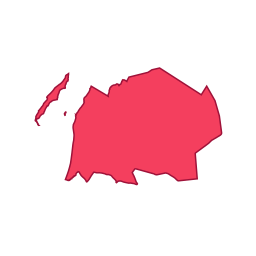 Inhassoro, Inhambane, Mozambique, rotated 211°
{"feature_id": "85939544B58581363474884", "entity_name": "Inhassoro", "entity_type": "district", "adm_level": 2, "iso_a3": "MOZ", "parent_name": "Mozambique", "parent_adm1": "Inhambane", "projection": "equal_earth", "projection_center": [35.058, -21.718], "detail": "fine", "context": "isolated", "style": "filled", "palette": "rose", "viewbox_px": 256, "rotation_deg": 211, "n_neighbors": 0, "source": "geoboundaries", "source_scale": "gbopen_adm2", "svg_char_len": 5713}
<svg xmlns="http://www.w3.org/2000/svg" viewBox="0 0 256 256"><g transform="rotate(211 128 128)"><path d="M42.5,120.1L57.2,140.7L57.3,141.1L57.2,141.5L57.1,141.8L51.0,156.5L50.0,160.4L49.9,160.7L49.6,161.1L45.1,169.6L44.9,170.6L44.9,170.8L44.9,171.3L45.1,171.6L45.3,172.1L55.9,185.4L67.5,196.2L82.1,204.4L82.3,194.2L131.8,195.7L137.5,190.2L139.5,186.0L153.4,172.1L153.2,168.1L153.0,167.3L154.5,167.4L156.3,167.2L156.5,166.9L157.1,166.6L157.3,166.6L157.4,166.1L157.2,165.4L157.2,165.1L157.3,164.7L157.1,164.2L157.0,163.0L156.8,162.4L156.8,162.0L156.9,161.6L157.3,161.3L157.5,160.9L157.4,160.1L157.4,159.8L157.6,159.6L157.9,159.7L158.5,160.3L158.9,160.4L159.6,160.3L160.3,160.0L160.6,159.6L160.7,158.9L161.0,158.5L161.5,158.0L162.0,157.8L162.4,157.4L162.8,156.9L163.5,155.7L163.7,155.1L163.6,154.6L163.7,154.4L164.0,154.1L164.0,152.8L163.9,152.4L163.8,152.1L163.6,151.9L163.5,151.6L163.6,151.1L163.6,150.8L163.5,150.5L163.1,150.1L162.4,148.2L162.2,146.4L162.1,146.1L161.9,145.7L161.3,145.0L181.1,144.9L181.1,144.5L180.8,144.1L180.7,143.8L180.8,142.5L180.9,142.2L180.9,141.9L180.6,141.7L180.3,141.2L180.3,140.8L180.1,139.8L180.0,138.6L180.3,133.8L180.7,132.5L180.9,131.8L181.0,131.5L181.0,131.3L180.8,130.3L180.4,129.5L179.8,129.0L179.8,128.6L179.7,128.5L179.5,128.1L178.9,127.8L178.7,127.4L178.7,127.0L178.8,126.5L178.7,126.4L178.7,126.5L178.5,126.0L178.5,125.2L178.7,124.1L178.7,123.4L178.8,123.0L178.8,122.0L179.2,120.1L179.2,119.2L179.3,118.3L179.3,116.8L179.2,115.8L179.3,115.4L179.5,114.8L179.5,114.5L179.3,113.9L179.4,113.4L179.4,113.2L179.4,112.8L179.8,112.7L179.5,112.5L179.1,112.2L179.1,111.8L179.1,111.6L179.2,111.4L178.2,110.3L177.7,109.2L176.9,106.1L176.6,102.8L176.5,102.6L175.7,100.8L175.1,99.8L171.1,94.9L170.2,93.5L168.3,89.7L167.2,86.7L166.7,85.5L163.0,77.4L160.7,72.1L159.0,68.0L157.8,64.0L156.8,60.2L156.1,56.9L155.1,51.6L154.0,51.9L152.3,52.2L152.0,52.4L151.7,52.6L151.7,53.3L151.1,53.2L151.0,53.4L151.1,54.0L150.8,54.4L150.8,54.6L150.8,54.8L150.7,55.0L150.7,55.5L150.3,55.6L150.1,55.6L150.1,55.8L150.2,56.0L150.2,56.3L150.1,56.7L149.9,57.0L150.0,57.2L149.7,57.4L149.7,57.7L149.7,58.4L149.6,58.8L149.3,58.6L149.2,58.8L149.3,59.3L149.2,59.6L149.0,59.8L148.6,60.0L148.6,60.3L148.4,60.7L148.5,61.0L148.8,61.5L149.0,62.2L148.9,62.8L148.9,63.3L148.8,63.7L148.3,64.2L148.3,64.9L147.5,65.1L147.0,65.0L145.8,64.2L143.9,63.3L143.8,63.2L141.9,62.7L139.2,62.2L137.0,61.3L136.3,60.7L136.1,60.6L135.8,60.5L135.5,60.7L135.3,61.2L135.0,63.0L134.9,64.2L134.9,66.0L134.9,68.2L134.6,72.4L134.4,72.6L132.0,73.4L131.2,73.8L129.3,75.0L127.0,76.0L124.0,76.9L122.6,77.0L121.8,77.4L120.6,78.1L118.9,78.5L118.0,78.6L117.2,78.4L115.6,77.8L113.4,77.3L111.9,76.9L111.1,76.6L110.6,76.0L110.3,75.3L110.1,75.2L109.7,75.2L109.4,76.1L109.2,76.9L109.0,77.4L108.5,77.8L108.1,78.1L107.3,78.6L106.3,79.0L104.0,79.4L101.5,80.2L99.0,81.1L97.7,82.0L95.8,82.8L95.1,83.0L94.1,83.5L93.3,83.6L92.0,83.8L91.6,83.9L91.3,84.1L91.2,84.3L91.2,85.0L91.5,85.2L92.0,85.5L92.9,85.8L94.0,86.6L95.1,87.6L95.7,88.0L96.0,88.3L98.2,89.9L99.5,90.7L101.4,92.0L101.4,92.3L101.4,92.7L101.2,94.7L101.1,96.3L100.9,96.6L100.6,96.8L100.4,97.0L82.0,102.1L80.8,102.1L79.6,102.5L79.0,102.9L78.9,103.0L73.3,108.2L73.2,108.4L72.1,109.0L71.3,109.2L70.2,109.5L69.6,109.5L68.8,109.5L67.3,109.4L65.6,109.4L63.4,109.4L61.6,109.2L59.8,108.7L59.0,108.6L58.4,108.5L57.8,108.6L57.3,108.9L42.5,120.1ZM207.1,84.6L206.4,84.3L206.1,84.2L205.8,84.4L206.2,84.5L206.5,84.6L206.9,84.8L207.4,85.4L208.4,85.8L208.7,86.1L208.9,86.3L209.4,86.4L209.7,86.6L210.2,87.0L210.4,87.2L210.7,87.9L210.7,88.8L210.6,89.2L210.4,89.5L209.6,90.1L209.5,90.4L209.4,91.6L209.5,93.3L209.4,93.6L209.3,93.9L208.8,95.5L208.5,95.9L208.2,96.2L207.9,96.8L207.9,97.0L208.0,97.8L208.2,98.4L208.2,99.3L208.7,102.1L208.7,102.7L208.6,103.6L208.8,104.8L208.7,105.3L208.6,105.5L208.3,105.4L208.2,105.4L208.1,105.6L208.0,106.1L208.0,106.6L208.2,107.8L208.2,109.5L208.0,109.9L207.9,110.4L207.5,110.7L207.2,111.7L206.7,112.7L206.0,113.5L204.2,115.1L203.9,115.5L203.3,115.9L203.3,116.0L203.7,116.4L203.8,116.8L203.8,117.3L204.0,117.8L204.1,118.3L204.5,118.6L204.6,118.9L204.7,119.7L204.9,120.0L205.0,120.5L205.2,120.9L205.1,121.6L205.2,121.9L205.3,122.5L205.4,123.0L205.7,124.0L205.8,124.6L205.8,125.3L205.6,126.0L204.9,127.3L203.7,128.9L203.0,129.4L202.7,129.4L202.4,129.7L202.4,130.0L202.6,130.4L202.9,130.7L203.3,131.2L203.6,131.8L203.9,132.9L203.9,133.3L203.8,133.8L203.9,134.1L204.2,134.4L204.2,135.4L204.4,135.8L204.4,136.0L204.3,136.3L204.3,136.7L204.2,136.9L204.1,137.1L203.8,137.2L203.8,137.4L203.8,137.7L204.1,138.2L204.2,138.7L204.7,139.3L205.1,139.8L205.1,140.3L205.3,140.7L205.7,141.3L206.2,142.3L206.4,143.0L207.0,144.0L207.3,143.3L207.5,142.7L208.1,141.8L208.2,141.4L208.3,140.7L208.2,140.3L208.1,140.0L207.9,139.6L207.7,139.0L207.6,138.3L207.7,136.7L207.8,136.0L207.8,134.7L208.0,133.7L208.3,132.3L208.6,131.5L208.8,130.8L209.2,130.1L209.4,129.8L209.5,129.1L209.7,128.9L210.0,128.0L210.6,126.6L211.3,124.7L211.4,123.6L211.4,122.6L211.7,120.6L212.2,118.2L212.3,117.8L213.3,114.2L213.4,113.3L213.5,112.8L213.4,112.5L213.3,112.3L212.8,112.5L212.3,111.8L212.0,111.1L211.9,110.4L212.0,109.6L212.5,108.1L212.5,107.5L212.5,107.1L212.9,105.7L212.6,104.3L212.6,102.7L212.9,101.5L212.9,100.7L213.3,97.7L213.5,96.9L213.5,96.5L213.2,96.3L212.9,95.7L212.9,93.9L213.0,92.5L212.9,91.6L212.9,90.7L212.8,90.3L212.3,89.5L212.0,88.8L211.4,86.7L211.1,86.5L210.9,86.4L210.6,86.4L210.4,86.6L210.1,86.6L209.0,85.9L207.8,85.3L207.1,84.6ZM189.8,109.5L189.8,109.1L189.9,107.7L189.3,106.9L188.6,106.4L188.5,106.5L188.6,106.9L188.7,107.1L189.1,107.3L189.3,107.5L189.5,107.7L189.5,108.0L189.4,108.3L189.3,108.7L189.1,109.1L189.2,109.3L189.5,109.4L189.6,109.6L189.8,109.5Z" fill="#f43f5e" stroke="#9f1239" stroke-width="1.5"/></g></svg>